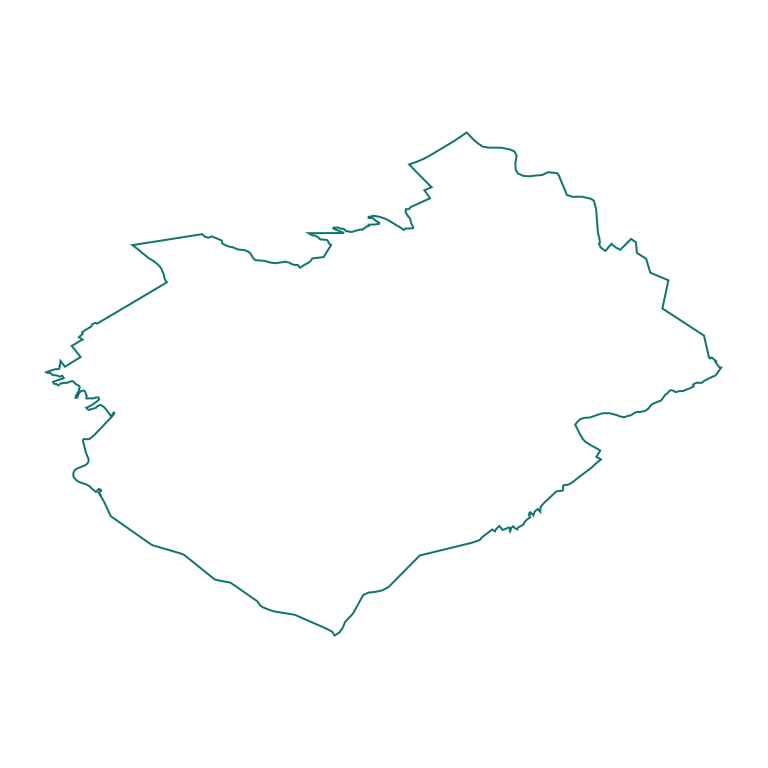 outline of Bascov, Arges, Romania
{"feature_id": "2599482B67897088940014", "entity_name": "Bascov", "entity_type": "district", "adm_level": 2, "iso_a3": "ROU", "parent_name": "Romania", "parent_adm1": "Arges", "projection": "equal_earth", "projection_center": [24.784, 44.893], "detail": "fine", "context": "isolated", "style": "outline", "palette": "teal", "viewbox_px": 768, "rotation_deg": 0, "n_neighbors": 0, "source": "geoboundaries", "source_scale": "gbopen_adm2", "svg_char_len": 6008}
<svg xmlns="http://www.w3.org/2000/svg" viewBox="0 0 768 768"><path d="M334.7,635.5L339.8,632.1L340.7,630.5L342.4,628.5L345.3,621.7L353.1,613.4L363.2,595.0L368.4,592.6L375.3,591.9L382.3,590.4L388.8,586.8L419.7,555.5L471.3,542.9L479.9,540.0L481.5,537.8L484.0,535.7L486.9,533.6L492.3,529.5L495.0,531.4L495.7,529.7L496.6,528.6L499.4,526.0L502.7,530.0L504.8,529.2L506.4,528.5L508.7,527.4L509.4,527.8L509.9,529.6L509.8,530.8L510.2,531.5L511.4,527.7L513.2,526.3L514.8,528.1L517.2,529.4L517.5,528.4L518.0,527.9L518.6,527.1L519.5,526.8L521.2,525.7L523.0,525.0L524.5,522.5L525.3,521.3L527.1,519.5L530.3,517.2L528.8,515.1L530.1,514.3L529.3,513.1L530.4,512.3L533.4,515.4L534.3,512.3L535.1,511.2L537.7,509.1L540.3,511.9L540.3,508.4L540.7,507.0L541.5,505.9L543.5,503.5L546.5,500.6L556.2,491.6L557.2,491.2L561.6,490.8L562.8,490.4L563.1,489.9L563.1,486.0L563.4,485.4L564.2,485.0L566.7,484.9L568.0,484.7L569.7,484.0L571.8,482.7L579.0,477.1L586.6,471.4L591.1,468.0L597.8,461.8L600.9,459.7L601.0,459.4L598.8,458.1L596.4,456.8L600.2,450.7L599.9,450.2L591.9,445.8L587.3,443.1L585.4,441.7L584.3,440.7L583.1,439.4L579.5,433.3L578.1,430.5L575.2,424.7L576.4,423.0L580.2,419.1L585.1,417.7L588.5,417.7L590.5,417.3L600.5,413.8L603.3,413.2L609.3,413.2L617.0,415.1L619.8,416.4L623.9,417.2L625.3,416.9L627.1,416.1L630.9,415.3L634.5,412.9L635.9,412.3L637.7,411.9L640.1,412.0L644.8,411.0L648.4,408.7L650.8,405.4L652.7,403.8L661.2,400.4L665.3,394.7L667.5,393.3L669.1,391.1L670.9,390.1L673.5,390.8L675.6,392.2L678.8,391.2L683.2,391.0L687.7,389.1L689.5,388.5L693.6,386.4L693.1,384.6L695.2,383.2L697.3,382.7L701.6,382.9L704.2,380.9L707.0,379.4L713.3,376.3L714.3,376.2L716.2,374.6L721.9,366.7L720.3,368.5L715.4,361.9L716.1,361.2L711.8,357.5L710.6,358.3L710.1,358.4L709.2,357.4L709.0,357.6L708.8,357.4L708.8,356.6L704.0,335.6L662.4,308.5L668.4,280.3L650.3,272.7L646.2,258.8L636.9,252.9L635.9,242.2L631.1,238.9L620.3,249.8L616.8,248.1L612.3,244.9L611.6,243.8L605.3,250.9L602.9,249.1L602.7,248.9L600.8,247.6L598.9,243.7L599.9,242.6L599.4,238.4L598.1,233.3L597.6,228.6L596.1,209.0L593.8,200.7L591.0,198.8L582.0,196.7L572.6,196.8L566.8,194.9L565.0,190.1L560.4,179.4L558.9,175.4L557.0,173.1L547.9,172.2L542.4,175.0L536.1,175.5L529.1,176.3L523.2,175.9L517.9,173.4L515.7,169.8L515.3,162.6L515.9,160.4L516.6,155.7L514.4,151.4L509.7,149.4L501.4,147.7L488.7,147.7L482.8,146.6L477.8,143.3L473.9,140.0L466.7,132.5L453.5,141.4L429.3,155.9L423.6,158.9L416.5,161.9L409.2,164.4L415.7,171.3L431.1,186.8L431.5,187.1L424.4,190.3L428.3,195.7L430.0,198.3L411.5,206.7L410.6,207.2L410.2,207.7L409.7,208.2L409.4,208.9L408.9,209.1L408.2,209.2L407.2,209.3L405.9,209.1L405.5,211.5L406.4,213.7L407.3,214.6L408.1,216.4L409.5,217.8L410.3,219.5L410.8,221.7L411.5,223.9L413.3,227.3L413.1,228.0L412.4,228.4L406.1,228.5L405.3,228.5L404.1,229.8L403.6,229.8L399.2,226.8L396.6,225.4L390.6,221.6L385.1,218.6L379.7,216.9L375.3,216.0L372.5,215.8L372.4,216.7L370.5,216.6L368.7,216.8L368.6,217.9L372.7,218.2L373.3,218.5L376.3,221.1L378.0,222.2L378.6,222.4L379.1,222.8L379.3,223.1L379.2,223.7L378.9,224.0L378.5,224.1L377.1,224.1L374.4,224.5L368.6,224.7L368.6,226.1L367.1,226.4L366.2,226.7L365.7,227.4L363.6,228.6L362.4,229.7L361.6,229.8L361.1,229.6L360.4,229.6L359.4,229.8L358.6,229.9L357.5,230.2L356.7,230.6L355.7,230.7L354.9,230.9L353.9,231.4L351.4,232.0L349.9,231.8L347.2,231.1L346.5,231.2L345.3,230.5L344.5,229.4L343.3,228.8L340.4,228.6L338.6,227.7L336.5,227.5L334.6,227.7L333.8,227.5L333.3,228.4L335.3,229.4L344.1,233.0L308.5,233.2L311.9,235.2L315.6,235.8L318.0,237.2L319.3,238.6L320.3,239.2L321.1,239.5L322.0,239.6L323.3,239.6L325.5,239.8L327.1,240.1L327.6,240.6L329.1,243.4L329.9,244.4L331.1,245.0L328.1,249.9L323.6,257.1L312.5,258.4L309.7,262.0L303.7,265.3L300.1,267.8L298.1,265.1L295.0,265.0L291.9,264.2L289.3,262.6L285.3,261.7L275.7,263.2L271.1,262.7L264.7,260.9L255.2,260.1L252.8,257.5L250.2,253.1L247.8,251.4L245.0,250.3L237.7,249.4L232.6,247.2L230.1,246.9L225.3,245.2L222.4,243.6L221.8,240.5L211.8,236.4L208.4,237.8L204.9,236.6L202.1,234.2L132.4,245.1L139.8,250.7L142.0,252.9L143.9,254.2L148.4,257.9L153.8,261.2L156.8,263.6L158.8,265.5L160.1,267.0L161.4,268.8L162.4,271.4L163.9,274.5L164.3,277.4L164.9,279.2L165.7,280.8L166.9,282.3L117.5,311.6L97.1,323.6L95.6,322.9L94.2,323.1L93.6,323.7L93.3,323.8L92.2,324.4L92.2,324.7L91.2,326.5L86.1,329.6L83.0,331.6L82.0,332.5L82.7,333.8L78.9,337.2L82.6,339.7L79.5,341.2L74.1,344.6L71.7,345.9L80.6,357.0L65.0,366.7L60.5,361.0L60.2,364.1L59.5,366.7L59.8,366.8L59.4,368.3L59.1,368.8L58.7,369.1L55.6,369.1L46.1,372.2L47.0,372.8L49.2,372.9L50.7,373.3L52.7,375.0L57.4,375.6L59.4,376.6L62.2,375.8L63.7,378.1L52.9,381.9L53.2,382.7L53.5,383.0L54.3,383.9L56.4,384.0L58.2,385.4L60.4,383.7L61.5,383.4L61.5,383.2L63.6,382.9L67.0,382.8L69.0,382.1L71.8,381.1L73.5,381.5L74.2,382.2L75.0,383.5L77.2,384.9L79.4,386.0L79.7,387.4L78.9,389.1L79.4,390.7L78.6,391.2L76.1,395.5L75.6,396.9L75.6,397.9L76.6,397.9L76.8,397.5L76.5,397.2L77.4,397.1L79.0,393.0L81.3,390.9L83.7,390.6L85.0,391.4L85.5,392.8L85.9,394.7L86.8,395.7L86.2,398.3L86.3,398.5L90.6,398.3L92.4,398.6L94.1,398.0L96.1,397.5L98.3,397.4L98.9,398.3L99.1,399.5L96.5,401.8L91.2,405.5L86.2,407.8L88.3,409.8L88.6,409.9L88.8,409.9L96.0,407.8L97.5,406.1L100.4,404.9L103.5,406.6L106.0,409.3L111.0,416.2L112.2,414.8L113.8,412.5L114.3,412.8L113.7,414.3L112.2,416.3L94.2,435.2L90.1,438.6L88.7,439.2L86.1,439.2L84.0,439.0L83.2,439.5L83.0,441.1L85.9,452.7L88.4,458.6L88.6,460.9L87.9,462.8L85.8,464.9L76.1,469.0L74.2,471.0L73.3,473.5L73.5,476.9L76.5,480.4L78.5,481.6L80.6,482.6L86.1,484.3L89.2,486.1L92.6,489.2L95.9,491.9L98.8,489.0L99.2,489.4L99.9,489.4L100.5,489.6L100.9,489.9L101.1,490.4L101.1,490.9L100.8,491.3L100.2,491.7L99.8,491.8L99.5,491.7L98.5,492.7L100.5,494.6L99.9,495.3L100.5,495.8L103.6,500.9L110.8,516.2L151.3,544.6L153.6,545.6L171.3,550.7L181.4,553.7L184.3,555.0L194.6,563.3L214.9,579.6L223.2,581.3L230.4,582.6L257.2,601.2L260.3,605.6L262.9,607.3L270.6,610.4L275.1,611.6L294.5,614.7L300.2,617.1L303.6,618.7L327.6,629.2L332.1,631.7L334.7,635.5Z" fill="none" stroke="#0f766e" stroke-width="2"/></svg>